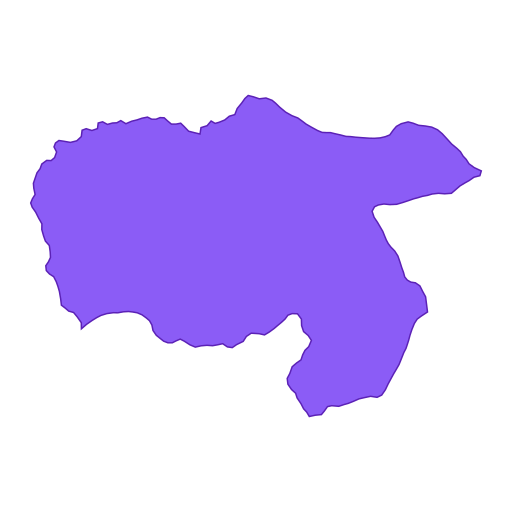 outline of Berizal, Minas Gerais, Brazil
{"feature_id": "56859067B94256700938392", "entity_name": "Berizal", "entity_type": "district", "adm_level": 2, "iso_a3": "BRA", "parent_name": "Brazil", "parent_adm1": "Minas Gerais", "projection": "mercator", "projection_center": [-41.753, -15.698], "detail": "fine", "context": "isolated", "style": "filled", "palette": "violet", "viewbox_px": 512, "rotation_deg": 0, "n_neighbors": 0, "source": "geoboundaries", "source_scale": "gbopen_adm2", "svg_char_len": 3360}
<svg xmlns="http://www.w3.org/2000/svg" viewBox="0 0 512 512"><path d="M266.0,98.0L259.3,98.8L253.4,96.8L248.2,95.5L244.9,98.5L241.8,102.9L237.2,108.5L234.8,114.6L229.3,116.2L224.7,120.0L219.0,122.3L215.1,123.4L211.1,121.0L207.1,125.7L201.0,127.6L200.0,134.0L194.9,132.8L188.6,131.2L184.0,126.4L180.7,123.2L176.0,124.1L171.4,124.1L167.2,120.6L164.2,117.8L160.1,117.6L156.1,119.2L151.7,119.2L147.5,117.1L142.0,118.2L137.0,119.9L131.7,121.2L125.9,123.7L120.8,120.6L116.8,122.8L112.5,123.0L107.4,124.4L102.6,121.8L98.2,123.0L97.5,128.6L91.9,130.5L86.2,128.7L82.1,130.2L81.3,136.6L76.8,140.8L70.4,142.4L63.6,141.2L58.9,140.5L55.5,143.0L54.0,146.9L56.6,152.0L54.6,157.6L51.1,160.6L46.7,160.4L41.8,164.0L40.1,168.7L37.0,172.8L35.1,178.3L33.4,183.3L33.8,188.2L35.1,194.5L32.4,198.8L30.7,203.0L32.2,207.2L35.7,212.2L38.8,218.4L41.9,223.8L41.8,229.6L43.6,236.0L45.4,241.1L49.3,245.5L50.2,251.9L50.5,257.4L48.4,261.9L45.8,265.7L46.3,270.6L49.5,274.0L53.7,276.7L56.3,281.8L57.9,286.3L59.4,291.5L60.7,299.1L61.4,305.2L65.1,308.0L68.7,311.1L73.6,312.5L77.1,316.7L81.3,322.7L81.4,328.8L86.6,324.3L92.2,320.4L96.9,317.5L101.0,315.4L106.8,313.6L113.3,312.7L117.8,312.8L123.4,311.8L128.5,311.5L132.8,312.0L137.3,312.8L142.0,314.8L146.4,318.0L149.5,320.7L151.9,325.0L153.0,330.5L156.3,335.3L160.5,338.7L163.7,341.2L167.9,342.8L172.3,342.8L176.0,340.9L180.2,339.1L184.3,341.2L189.9,344.8L195.3,347.1L201.1,345.8L207.0,345.3L212.6,345.7L217.6,344.8L222.7,343.7L227.4,346.9L232.3,347.6L236.6,344.6L243.2,341.4L246.4,336.4L251.2,333.2L259.2,333.7L264.5,334.9L269.2,332.1L274.0,328.6L277.4,325.7L281.5,322.3L285.0,319.1L287.9,315.2L292.1,313.6L297.5,313.8L301.4,319.1L301.6,325.6L303.6,331.6L308.2,335.5L311.4,340.4L308.7,346.7L305.0,350.3L302.7,354.8L301.0,359.9L296.8,362.8L292.2,366.7L289.8,373.5L287.2,378.4L287.9,384.2L291.5,389.5L295.6,393.2L297.1,397.9L301.0,403.7L303.6,408.8L306.7,412.1L309.3,416.5L315.3,415.2L321.4,414.6L324.3,411.1L327.5,406.6L331.7,405.7L338.8,406.3L344.2,404.5L348.2,403.4L353.5,401.3L358.9,398.9L364.0,397.7L370.6,396.3L377.1,397.3L381.7,395.1L385.4,389.7L388.1,384.0L390.7,379.2L393.7,373.7L396.2,369.5L399.0,364.6L401.2,359.2L403.8,352.6L406.0,348.4L407.3,344.5L408.7,340.1L410.0,335.2L411.9,329.5L414.4,323.4L417.2,319.1L421.4,316.0L427.5,312.0L426.6,304.7L425.6,296.8L422.7,291.5L419.9,285.9L415.4,282.8L410.8,282.1L407.3,280.1L404.7,276.9L403.5,272.4L401.8,267.8L400.0,262.1L397.9,256.0L394.7,251.0L390.9,247.1L388.3,243.7L386.3,240.0L384.6,235.9L382.8,231.4L380.4,227.3L377.6,222.5L374.1,217.3L372.1,211.3L374.5,206.8L378.3,205.0L383.9,204.0L389.8,204.6L396.6,204.3L402.8,202.5L408.5,200.6L413.7,198.8L417.9,197.7L422.5,196.3L427.5,195.4L432.2,194.0L438.5,193.3L444.6,193.8L451.4,193.3L456.2,189.2L460.0,185.9L464.6,183.1L469.1,180.6L474.0,177.2L479.9,175.7L481.3,170.9L474.2,167.6L469.0,163.8L466.2,159.4L463.1,156.1L460.4,151.7L456.8,148.3L451.6,144.0L447.0,138.9L442.2,133.7L437.6,129.8L431.7,127.1L425.3,126.0L418.6,125.3L413.1,123.2L408.1,121.9L401.2,123.7L396.4,126.4L393.4,129.9L389.8,134.9L385.3,136.7L380.0,137.9L374.4,138.3L369.4,138.2L363.6,137.8L355.6,137.2L350.6,136.6L346.0,136.4L340.7,135.0L334.9,133.7L330.4,132.6L326.4,132.6L322.1,132.4L317.5,130.5L311.3,127.1L306.1,124.1L302.3,121.2L297.9,118.0L292.0,115.7L285.6,112.1L279.6,107.1L275.6,103.2L272.1,100.3L266.0,98.0Z" fill="#8b5cf6" stroke="#5b21b6" stroke-width="1.5"/></svg>